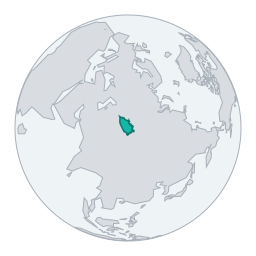 Qaraghandy highlighted on a globe, orthographic projection, rotated 63°
{"feature_id": "KAZ-3203", "entity_name": "Qaraghandy", "entity_type": "Region", "adm_level": 1, "iso_a3": "KAZ", "parent_name": "Kazakhstan", "parent_adm1": "", "projection": "orthographic", "projection_center": [73.067, 48.605], "detail": "fine", "context": "on_globe", "style": "filled", "palette": "teal", "viewbox_px": 256, "rotation_deg": 63, "n_neighbors": 0, "source": "natural_earth", "source_scale": "10m", "svg_char_len": 13021}
<svg xmlns="http://www.w3.org/2000/svg" viewBox="0 0 256 256"><g transform="rotate(63 128 128)"><circle cx="128" cy="128" r="113" fill="#eef3f6" stroke="#a8b0b8"/><path d="M153.6,18.3L153.8,18.4L150.9,18.8L148.7,18.1L148.3,18.5L151.0,19.6L152.9,20.3L155.1,25.0L163.4,31.5L168.7,33.3L165.4,33.3L177.3,36.8L183.5,41.3L174.8,36.5L172.6,36.2L176.0,39.2L174.5,39.6L175.2,41.4L173.1,41.7L168.2,39.1L166.7,39.4L169.2,41.5L168.7,43.3L165.2,40.1L163.9,43.1L155.4,39.9L148.0,32.1L141.6,31.5L129.5,26.8L128.9,27.9L123.9,27.1L121.4,28.2L119.8,27.3L119.2,29.0L121.0,29.7L121.4,30.7L120.0,31.5L117.9,30.3L118.2,29.8L116.9,29.8L116.3,29.0L115.9,29.8L113.4,28.5L113.9,31.0L110.2,30.9L109.1,29.7L111.8,28.3L116.0,22.8L115.7,21.6L112.5,21.0L101.1,23.0L99.7,22.4L95.9,22.8L95.5,23.6L98.3,23.7L96.6,25.7L100.2,25.8L100.1,26.7L102.8,27.7L99.5,29.2L94.9,30.3L92.5,29.7L90.4,30.2L90.4,32.4L83.7,33.0L75.5,36.6L74.1,36.7L75.4,33.8L81.2,29.7L82.9,26.8L78.9,30.5L75.4,31.1L73.6,32.1L72.2,33.2L72.4,33.8L70.6,34.5L73.8,30.9L75.5,30.2L74.5,31.2L77.1,29.4L79.3,27.4L77.4,28.1L82.7,25.0L81.4,25.5L81.8,25.3L83.6,24.6L81.8,25.3L89.4,22.2L97.1,19.7L105.0,17.7L113.1,16.4L121.2,15.6L129.4,15.4L137.5,15.8L145.6,16.7L153.6,18.3ZM154.0,20.6L151.2,19.6L149.3,18.6L151.8,19.2L154.0,20.6ZM157.4,23.2L155.7,22.7L156.4,21.9L157.2,22.4L157.4,23.2ZM172.8,34.6L170.8,33.2L173.3,34.5L172.8,34.6ZM175.7,41.6L176.8,41.9L176.7,42.7L175.7,41.6ZM104.4,26.8L103.6,27.2L103.5,26.8L104.4,26.8ZM106.3,26.8L106.7,26.1L107.7,26.0L107.4,26.5L106.3,26.8ZM173.4,44.0L173.0,45.3L172.6,43.5L173.4,44.0ZM105.5,27.8L109.4,26.0L111.1,25.9L111.4,27.7L105.5,27.8ZM172.2,45.8L171.3,49.2L173.6,50.1L166.7,49.6L169.7,46.7L168.8,44.3L170.6,45.7L172.2,45.8ZM122.2,29.6L120.1,28.9L123.1,28.8L122.2,29.6ZM124.0,29.3L132.6,28.0L135.0,29.5L131.6,29.6L135.7,31.2L132.6,32.6L129.7,32.1L128.8,30.7L128.3,32.3L124.0,29.3ZM163.0,49.0L162.1,49.5L162.1,48.5L163.0,49.0ZM121.7,31.1L123.2,30.7L125.4,32.0L122.8,33.2L122.9,32.4L121.7,31.1ZM138.3,31.1L139.4,32.4L137.3,33.8L137.4,34.5L132.8,32.8L138.3,31.1ZM121.8,32.5L121.4,33.8L119.1,33.9L120.4,31.7L121.8,32.5ZM127.1,31.8L128.0,32.5L126.6,32.5L127.1,31.8ZM111.0,35.4L112.8,34.6L114.1,35.2L111.0,35.4ZM121.4,34.3L122.2,34.3L122.9,34.4L122.2,35.4L121.4,34.3ZM131.6,34.0L130.4,34.4L133.4,34.8L131.9,36.0L129.1,34.7L129.6,35.8L129.2,36.2L127.4,34.7L131.6,34.0ZM123.6,36.9L119.5,35.9L115.9,37.0L114.7,36.5L120.6,34.7L123.6,36.9ZM126.0,35.7L124.2,36.3L123.6,35.3L124.4,34.2L126.0,35.7ZM131.9,37.4L134.9,35.8L135.4,36.2L131.9,37.4ZM122.7,37.4L123.7,37.7L122.5,37.6L122.7,37.4ZM129.2,37.6L130.2,37.0L130.8,37.4L129.2,37.6ZM124.9,38.8L123.5,38.4L124.0,37.7L124.9,38.8ZM126.9,38.4L127.5,39.1L125.0,37.6L127.3,38.0L126.9,38.4ZM129.6,38.1L130.2,38.1L129.1,38.3L129.6,38.1ZM123.7,41.9L120.5,40.2L121.6,38.5L124.6,40.4L123.7,41.9ZM40.4,198.8L33.2,188.1L33.1,185.6L31.7,181.1L26.5,166.1L27.5,162.0L26.6,158.0L24.5,155.2L23.7,150.3L22.5,148.1L17.1,135.5L16.6,126.7L19.1,108.1L20.9,106.0L23.5,100.2L38.3,97.6L39.0,102.7L47.8,112.7L48.5,115.0L44.8,118.8L49.3,133.4L53.9,131.8L60.7,141.8L66.8,145.7L73.7,137.7L63.6,131.1L64.5,125.2L74.7,126.5L83.9,132.5L84.6,130.5L80.9,123.0L85.3,120.9L80.0,120.1L80.5,123.0L77.1,122.7L76.5,120.1L78.0,119.4L75.9,116.8L68.9,121.3L68.7,124.7L61.7,120.9L60.7,126.4L58.0,127.0L58.7,118.1L60.4,115.9L60.0,104.2L57.6,106.1L57.9,117.4L56.8,115.5L53.6,118.5L55.2,114.7L55.5,102.2L50.7,98.3L40.6,100.8L38.7,98.0L38.8,92.8L46.4,85.3L50.0,92.5L52.7,90.3L55.4,84.0L56.2,86.8L57.7,85.3L59.4,87.8L65.1,87.2L67.3,89.4L72.8,85.2L74.7,85.9L70.9,88.1L69.5,91.0L75.4,96.7L77.5,96.7L80.5,93.6L81.8,95.7L84.0,92.0L88.9,93.9L84.7,88.6L88.2,85.2L93.0,84.4L93.3,82.4L85.6,83.9L83.2,85.3L82.4,88.0L75.2,91.7L72.5,90.6L77.1,83.5L73.8,81.4L78.9,77.1L96.6,75.3L102.4,76.8L105.1,86.7L101.9,88.2L99.4,85.3L98.8,91.2L100.2,89.2L101.3,91.1L104.9,88.6L105.8,89.9L107.7,85.5L109.2,86.8L107.9,89.5L114.5,87.3L118.5,89.3L119.6,88.2L119.6,86.5L124.7,90.3L125.2,89.4L123.8,87.7L123.9,84.9L126.2,81.4L127.8,82.9L127.2,84.3L128.4,89.8L126.6,93.7L127.5,94.0L129.5,91.0L128.0,84.3L128.9,81.8L130.1,84.8L129.7,83.5L130.7,82.7L133.2,83.4L132.1,80.1L140.5,70.6L146.1,71.4L146.2,74.9L153.8,70.6L159.5,72.3L158.2,70.7L160.9,67.9L159.1,67.3L158.7,66.4L164.8,59.6L167.5,59.4L168.7,55.1L168.0,54.4L166.0,54.3L166.7,49.6L173.6,50.1L174.8,51.7L178.3,51.1L180.6,55.1L184.1,58.2L184.5,63.2L187.3,65.5L188.3,65.0L192.8,67.9L198.4,75.9L189.2,71.5L179.9,60.9L183.3,65.3L181.2,65.0L181.5,67.0L184.1,70.2L185.2,70.1L182.1,79.6L185.5,90.1L188.6,87.0L192.1,88.2L198.6,98.7L198.5,118.1L203.1,120.9L204.4,123.8L202.6,127.5L200.7,123.2L197.5,123.3L196.7,120.5L193.1,125.2L191.8,121.4L189.7,127.2L192.2,129.4L195.8,126.5L194.5,133.4L200.2,136.2L202.5,142.0L198.6,156.3L192.2,163.1L192.1,165.1L188.7,164.4L185.5,169.7L192.8,177.0L193.0,179.8L187.2,187.6L186.8,185.8L177.8,183.9L177.0,190.9L183.9,193.7L186.3,198.6L181.4,198.7L178.8,194.4L175.6,193.6L175.9,187.9L172.0,180.1L167.0,183.2L166.8,179.5L160.7,173.1L153.2,177.0L141.7,188.2L141.1,197.1L136.7,201.1L128.9,188.7L127.2,179.6L123.2,180.3L116.1,171.8L100.6,168.9L99.4,166.1L96.3,166.6L91.4,162.7L90.0,157.9L86.6,157.1L90.7,169.6L94.4,170.5L99.0,167.4L99.3,171.4L104.1,175.8L95.1,182.8L73.7,183.4L73.4,176.3L66.2,151.4L67.4,149.4L67.4,149.2L67.5,148.6L65.0,151.5L64.4,146.5L66.3,163.3L65.9,169.4L73.4,183.7L72.3,184.2L75.2,187.6L86.8,189.1L86.5,191.2L79.9,198.7L65.4,204.0L68.4,211.9L69.1,216.8L62.3,215.6L65.3,219.5L62.1,218.2L63.5,219.8L62.2,219.4L61.2,218.7L53.7,212.6L46.7,206.0L40.4,198.8ZM30.4,102.7L29.3,104.2L30.4,102.7ZM91.9,143.8L98.6,146.6L98.7,139.2L101.2,139.8L100.3,137.2L98.6,138.7L96.8,131.8L100.8,131.0L101.6,128.0L99.4,126.9L92.4,129.6L94.9,139.4L92.0,141.4L91.9,143.8ZM75.2,31.3L74.9,31.6L73.2,32.8L73.6,32.2L75.2,31.3ZM68.3,38.6L65.6,39.6L67.8,38.4L67.7,37.7L72.3,34.5L73.6,36.6L72.2,36.2L68.3,38.6ZM78.8,31.1L75.7,32.7L79.0,30.8L78.8,31.1ZM64.5,74.7L63.9,76.9L61.7,78.0L58.9,75.8L62.1,74.1L64.5,74.7ZM63.7,79.8L69.1,73.7L71.1,75.0L69.1,75.2L69.8,76.7L66.8,77.6L63.4,85.1L61.2,86.5L57.2,81.3L59.7,82.1L60.1,79.8L63.7,79.8ZM79.5,57.7L81.9,55.7L83.0,61.1L80.7,62.5L77.8,60.2L78.8,57.3L79.5,57.7ZM105.3,31.6L106.1,30.9L106.7,31.2L106.5,32.0L105.3,31.6ZM111.8,35.0L102.3,35.4L102.8,34.5L96.7,36.1L95.5,34.4L99.5,33.4L94.1,33.4L97.2,31.8L93.4,32.2L102.4,30.1L105.0,28.8L102.5,30.8L103.5,32.3L104.7,32.6L110.1,32.6L116.2,30.9L118.1,32.4L117.9,33.9L116.7,34.5L115.8,33.3L114.9,35.0L112.7,33.8L111.8,35.0ZM113.8,53.4L113.2,51.2L111.0,55.4L108.8,53.8L108.7,54.4L106.1,54.2L102.6,54.9L102.0,53.9L101.0,54.7L99.2,54.6L97.5,55.3L95.9,53.9L93.7,54.7L94.1,53.5L90.8,55.4L92.5,53.4L90.4,53.2L89.9,55.2L84.9,46.6L81.5,44.9L77.7,44.7L81.1,41.5L86.9,39.9L93.1,39.6L95.9,41.9L97.0,40.2L98.6,40.8L97.1,41.9L100.4,40.6L101.4,41.4L107.0,41.8L111.1,39.8L113.3,40.0L112.1,41.2L115.1,40.6L114.3,43.1L115.9,43.3L116.6,46.2L113.5,48.6L115.5,48.7L116.2,51.1L113.8,53.4ZM123.8,42.8L120.6,45.8L117.8,46.5L117.6,41.3L116.3,40.7L116.0,37.6L120.1,36.7L119.8,37.7L120.4,38.4L118.9,38.4L120.6,38.9L120.3,40.3L121.5,41.1L120.1,41.9L123.8,42.8ZM50.9,114.8L51.7,116.1L53.3,117.5L51.4,119.5L50.9,114.8ZM51.0,106.2L51.9,106.9L49.9,110.3L49.1,109.0L51.0,106.2ZM54.2,104.6L52.1,106.7L52.7,104.8L54.2,104.6ZM72.0,88.6L73.2,89.2L72.7,90.1L71.2,90.8L72.0,88.6ZM106.7,66.3L106.8,64.7L107.6,64.6L110.0,61.7L111.9,62.8L111.1,65.0L106.7,66.3ZM71.0,138.3L68.3,139.0L67.8,137.5L68.8,137.5L71.0,138.3ZM58.6,129.2L60.6,132.6L58.0,129.7L58.6,129.2ZM109.1,67.0L109.9,65.6L110.3,67.0L109.1,67.0ZM113.3,63.4L114.1,64.8L112.4,62.6L113.3,63.4ZM86.2,222.8L83.3,228.3L78.5,226.4L76.1,223.9L76.2,220.0L81.3,220.7L83.4,219.1L86.2,222.8ZM207.8,198.4L210.1,196.9L209.9,197.3L207.8,198.4ZM205.4,199.1L208.2,197.2L204.8,200.1L205.4,199.1ZM209.2,196.5L212.0,193.9L213.2,192.4L212.9,193.2L209.2,196.5ZM203.5,200.3L192.4,206.5L187.8,207.8L189.0,206.2L196.4,202.8L203.5,200.3ZM188.6,206.3L181.4,205.9L170.4,198.8L174.4,197.8L185.6,200.5L184.9,201.8L189.3,202.7L188.6,206.3ZM205.5,191.2L204.7,194.8L198.8,198.1L195.9,199.1L194.0,195.9L195.1,193.2L197.5,192.1L205.8,179.3L208.8,179.3L206.5,184.2L208.9,185.6L205.5,191.2ZM141.7,197.9L144.7,202.6L142.2,203.6L141.7,197.9ZM208.5,171.4L205.6,177.2L208.0,170.4L208.5,171.4ZM209.6,165.6L210.1,167.3L208.4,166.4L209.6,165.6ZM192.6,167.8L190.2,169.5L189.8,168.1L192.7,165.2L192.6,167.8ZM204.2,146.9L205.3,151.2L205.2,152.9L203.6,151.0L204.2,146.9ZM125.7,75.7L120.3,78.4L117.7,81.4L118.0,84.6L115.2,81.4L119.3,76.8L125.7,75.7ZM138.5,71.0L138.1,68.5L139.8,68.9L140.1,69.6L138.5,71.0ZM137.2,69.9L133.9,68.0L134.7,66.2L137.1,68.0L137.2,69.9ZM121.3,67.2L119.6,67.9L119.3,66.7L121.3,67.2ZM191.7,220.9L192.7,220.2L193.4,218.7L194.5,218.0L195.8,215.7L206.6,206.5L214.8,196.0L218.8,192.2L223.0,184.7L226.6,180.3L224.5,185.0L226.9,181.9L231.6,170.9L231.0,173.5L227.1,181.5L222.6,189.2L217.4,196.5L211.7,203.3L205.5,209.7L198.8,215.6L191.7,220.9ZM213.4,194.3L216.8,189.4L218.5,187.7L213.4,194.3ZM235.5,160.0L236.2,159.5L235.0,162.8L234.0,164.2L232.2,169.2L228.6,174.8L229.7,172.1L229.5,170.7L225.2,175.6L224.4,175.2L226.1,172.3L222.9,174.7L226.4,170.1L227.6,171.5L229.5,166.7L232.3,163.1L234.6,159.7L236.0,158.2L235.5,160.0ZM226.0,176.6L226.6,175.9L225.9,177.4L226.0,176.6ZM238.9,147.7L238.8,148.0L238.9,147.2L239.1,146.8L238.9,147.7ZM236.4,156.9L238.1,150.3L238.4,149.3L237.2,154.8L236.4,156.9ZM237.9,149.7L238.5,148.1L238.6,148.4L238.5,149.2L237.9,149.7ZM218.9,181.7L218.7,182.7L217.7,183.0L218.9,181.7ZM220.2,180.0L223.1,178.0L219.9,181.0L220.2,180.0ZM210.5,185.2L211.5,186.5L214.6,182.8L212.2,186.5L214.1,188.1L213.3,189.9L211.5,188.0L210.5,192.1L209.1,193.1L208.5,190.6L210.1,185.7L211.4,183.0L216.9,178.0L210.5,185.2ZM220.3,177.6L219.5,175.9L220.1,173.8L220.9,174.2L220.3,177.6ZM216.7,172.2L214.2,171.0L212.2,173.8L215.9,166.2L217.8,168.6L216.7,172.2ZM214.0,167.1L212.2,169.7L213.9,165.6L214.0,167.1ZM211.5,169.1L211.0,167.1L212.6,166.2L211.5,169.1ZM215.1,166.4L214.8,162.4L216.0,164.0L215.1,166.4ZM209.4,162.7L213.5,163.7L208.7,165.5L206.9,158.3L208.8,156.8L209.4,162.7ZM210.0,123.4L208.7,121.4L210.0,119.5L210.5,121.3L210.0,123.4ZM212.9,111.9L209.9,118.4L207.2,123.7L208.8,123.8L209.5,128.4L206.4,126.3L207.1,119.7L209.4,116.4L208.3,112.7L209.1,108.5L206.7,104.8L206.5,102.2L209.4,104.6L212.9,111.9ZM205.5,103.4L201.6,96.1L204.7,94.3L206.2,95.5L206.7,99.5L205.1,100.2L205.5,103.4ZM201.5,93.9L199.9,94.6L190.7,86.7L189.5,84.6L198.1,89.3L197.1,90.3L198.8,92.6L201.5,93.9ZM163.1,50.1L162.2,49.6L163.4,49.6L163.1,50.1ZM157.6,66.2L157.2,64.9L158.7,64.8L157.6,66.2ZM156.9,61.4L155.6,62.3L156.3,60.7L156.9,61.4ZM152.7,64.6L154.7,62.4L153.7,65.4L152.7,64.6Z" fill="#d9dde1" stroke="#a8b0b8" stroke-width="1"/><path d="M118.3,127.1L118.5,127.0L118.7,126.9L118.9,126.8L119.1,126.8L119.6,126.4L119.8,126.2L120.0,126.2L121.0,125.3L121.3,125.0L121.3,124.9L121.3,124.7L121.8,124.5L121.9,124.4L122.0,124.3L121.9,124.2L121.8,123.9L121.7,123.8L122.2,123.9L122.4,123.7L122.5,123.7L122.9,123.7L122.9,124.0L122.8,124.3L122.7,124.6L123.1,124.9L123.3,124.8L123.3,124.7L123.5,124.6L123.8,124.7L123.8,124.8L124.1,124.8L124.4,124.7L124.5,124.8L124.4,125.1L124.5,125.2L124.9,125.1L125.0,124.7L125.3,124.8L125.3,124.6L125.3,124.4L125.5,124.4L125.6,124.2L125.8,124.1L126.1,123.9L126.2,123.7L126.3,123.8L126.5,123.8L126.6,124.0L126.5,124.3L126.5,124.5L126.5,124.4L127.0,124.4L127.0,124.2L127.3,124.2L127.3,123.9L127.5,123.8L127.7,123.7L127.8,123.6L128.0,123.6L128.2,123.4L128.3,123.4L128.5,123.3L128.6,123.2L128.4,123.1L128.3,122.9L128.2,122.9L128.3,122.8L128.6,122.8L128.8,122.8L129.2,122.9L129.2,123.0L129.3,123.1L129.2,123.3L129.2,123.7L129.2,123.9L129.1,124.0L129.3,124.1L129.6,124.1L129.8,124.0L130.0,124.1L130.0,124.3L130.3,124.4L130.4,124.5L130.5,124.5L130.4,124.6L130.5,124.7L130.6,124.8L130.4,124.9L130.4,125.0L130.5,125.2L130.8,125.0L130.9,124.9L131.3,124.9L131.9,124.7L132.1,124.8L132.1,124.6L132.3,124.6L132.6,124.6L132.6,124.4L132.6,124.2L132.9,123.9L133.0,123.9L133.2,124.0L133.4,124.1L133.7,124.2L133.8,124.3L133.8,124.5L133.8,124.8L133.5,125.1L133.4,125.2L133.2,125.3L133.2,125.5L133.2,125.8L133.0,126.0L132.7,126.1L132.6,126.4L132.6,126.6L132.8,126.6L132.9,126.8L133.1,127.0L132.9,127.1L132.9,127.4L133.1,127.5L133.3,127.4L133.6,127.4L133.6,127.6L133.6,127.8L133.4,128.0L133.1,128.1L133.1,128.3L133.2,128.5L133.3,128.5L133.5,128.5L133.3,128.6L133.4,128.8L133.5,128.8L133.5,129.0L133.4,129.3L133.3,129.8L133.4,130.2L133.2,130.2L133.2,130.3L133.1,130.5L133.3,130.8L133.6,130.8L133.7,130.7L134.0,130.6L134.1,131.3L134.1,131.6L133.9,131.7L133.7,131.7L133.7,131.8L133.4,131.8L133.4,131.7L133.2,131.7L133.1,131.8L132.9,131.8L132.9,131.7L132.7,131.7L132.7,131.8L132.5,131.7L132.5,131.8L132.5,131.7L132.4,131.7L132.2,131.7L131.8,131.7L131.5,131.7L131.2,131.7L130.3,132.3L129.5,133.2L122.7,133.1L120.1,132.9L120.1,132.7L119.9,132.7L119.7,132.7L117.8,132.0L117.6,131.9L117.3,131.6L117.1,131.5L115.6,130.7L115.3,130.6L115.0,130.4L114.8,130.4L114.5,130.1L114.1,130.1L114.4,129.9L116.2,128.9L116.4,128.8L116.3,128.6L116.1,128.2L116.5,127.9L116.5,127.7L116.8,127.6L116.9,127.4L117.1,127.3L117.3,127.0L117.7,126.9L118.3,127.1Z" fill="#14b8a6" stroke="#0f766e" stroke-width="1.5"/></g></svg>